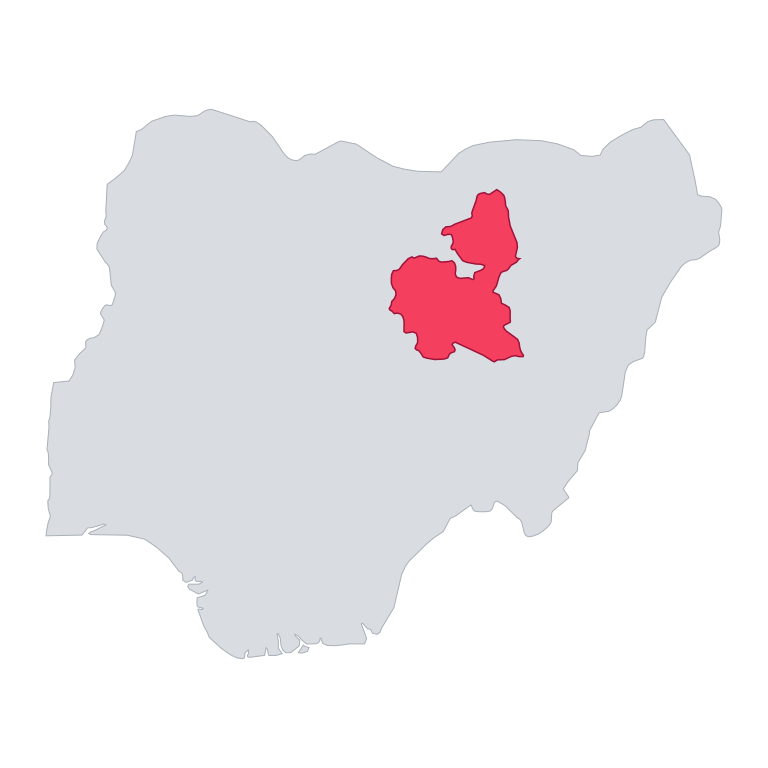 location of Bauchi within Nigeria
{"feature_id": "NGA-2858", "entity_name": "Bauchi", "entity_type": "State", "adm_level": 1, "iso_a3": "NGA", "parent_name": "Nigeria", "parent_adm1": "", "projection": "albers", "projection_center": [9.972, 11.0], "detail": "fine", "context": "in_parent", "style": "filled", "palette": "rose", "viewbox_px": 768, "rotation_deg": 0, "n_neighbors": 0, "source": "natural_earth", "source_scale": "10m", "svg_char_len": 5866}
<svg xmlns="http://www.w3.org/2000/svg" viewBox="0 0 768 768"><path d="M663.6,119.5L689.6,155.0L695.3,181.6L697.6,194.7L701.9,196.2L709.9,196.8L715.7,199.4L719.2,203.7L721.5,207.7L721.9,210.1L720.5,226.1L718.6,232.0L719.8,239.8L719.5,243.2L718.7,245.5L715.1,248.2L710.3,250.9L698.8,258.7L695.5,259.8L690.6,260.1L686.4,262.1L681.5,266.2L670.8,281.7L661.8,297.1L655.3,322.1L647.2,329.9L645.8,336.8L644.7,352.3L643.5,357.0L642.2,358.4L633.4,361.5L628.3,365.1L625.3,372.1L621.7,396.0L620.3,400.0L617.5,404.2L613.0,408.7L609.1,411.2L599.0,412.9L589.5,430.9L589.3,434.1L585.2,450.4L577.9,462.7L577.4,470.6L568.1,481.5L563.3,488.9L568.4,496.5L568.8,497.8L552.8,510.9L551.8,512.8L551.2,521.8L550.0,524.3L547.0,527.6L542.7,531.2L538.3,534.1L533.4,536.0L528.6,536.8L525.9,535.6L524.3,532.9L521.6,521.9L520.2,519.6L517.1,517.5L504.7,505.4L497.2,501.1L495.6,501.4L494.4,502.6L492.3,508.7L490.2,511.0L486.3,511.7L479.4,511.8L474.4,511.0L473.3,509.8L470.9,505.0L455.5,516.0L450.1,518.5L443.3,531.5L433.6,538.0L426.9,543.6L408.9,561.3L405.3,566.5L401.7,574.3L393.9,607.6L381.5,628.3L379.8,632.7L379.1,632.6L377.4,634.4L372.6,633.2L370.5,629.3L367.5,628.7L362.4,623.0L361.3,623.9L366.6,638.3L364.6,643.9L349.4,643.9L336.3,645.7L327.3,645.5L322.8,643.4L320.8,638.0L320.1,638.6L319.6,641.5L316.7,643.7L306.6,644.0L302.2,640.3L298.6,636.2L294.8,634.3L295.4,636.1L299.8,640.1L299.2,645.9L291.0,652.5L285.8,652.8L282.6,649.9L281.0,645.2L280.3,638.2L278.2,633.7L277.0,633.7L278.4,641.2L278.3,648.2L282.2,653.7L276.2,655.4L269.1,655.5L268.2,653.4L267.3,648.9L266.1,647.7L264.6,655.4L249.9,657.3L247.8,657.0L247.4,655.6L248.5,653.5L248.3,650.0L245.0,652.6L244.5,657.9L242.6,658.7L237.0,657.9L231.0,655.1L221.2,648.3L209.2,637.2L207.3,632.3L203.9,626.2L197.9,609.6L199.0,608.9L201.8,609.8L203.2,608.3L198.2,607.0L197.2,605.8L196.9,602.2L197.2,597.7L204.8,595.5L206.7,592.8L207.7,590.1L198.3,594.0L189.6,589.2L187.7,586.4L188.7,584.2L198.9,584.2L202.5,582.1L200.3,581.4L196.4,581.4L195.0,579.9L195.2,576.5L193.9,577.3L192.2,580.3L186.2,582.4L182.8,580.1L182.6,575.2L181.8,572.9L178.9,571.2L168.8,557.9L156.0,546.8L144.6,539.1L127.2,535.2L90.7,534.6L88.7,533.5L90.9,531.8L94.2,530.7L106.0,524.9L104.1,524.0L91.8,527.6L87.6,527.9L82.0,535.1L46.1,535.8L46.3,532.5L48.1,522.9L50.4,516.3L48.2,508.2L47.8,500.9L49.3,498.7L49.9,495.9L50.0,477.2L52.0,474.5L52.1,472.6L48.5,464.5L48.7,458.4L48.2,452.5L47.0,449.8L49.0,427.0L48.7,421.3L49.9,417.3L50.8,407.5L50.9,397.8L53.7,382.6L69.0,381.0L72.8,375.1L75.1,367.6L74.6,360.0L79.7,353.6L85.8,347.9L85.7,341.6L87.4,339.6L90.3,338.2L94.4,337.5L99.0,334.5L101.6,328.9L104.3,320.1L100.5,313.8L100.6,312.4L102.2,309.1L104.6,305.8L106.6,304.8L111.0,305.7L112.4,304.4L115.5,294.7L115.2,292.0L111.3,285.3L109.4,267.5L108.2,265.1L105.1,261.8L96.9,249.1L97.2,243.2L100.9,235.6L103.3,232.0L106.6,230.0L107.3,228.3L106.4,226.1L104.8,224.5L104.5,221.1L106.2,216.3L105.8,211.1L107.2,184.3L114.2,179.2L124.3,170.6L129.6,161.6L132.5,154.7L136.3,131.7L141.6,129.4L151.7,121.2L165.4,116.5L174.2,115.1L189.7,116.4L197.6,115.7L204.3,111.2L207.3,110.0L211.6,109.3L250.0,121.8L253.5,121.3L256.4,122.1L261.2,125.3L272.4,136.6L284.2,154.0L287.9,157.7L291.6,159.8L295.4,160.5L298.2,160.3L301.0,158.7L304.8,155.4L310.5,154.0L315.1,154.3L339.3,141.3L341.6,141.1L356.3,144.1L376.4,157.5L392.8,166.2L404.4,169.2L418.0,171.3L441.2,171.9L458.7,153.3L465.2,149.3L473.0,145.6L489.2,142.2L516.2,139.7L541.4,140.7L557.2,143.8L573.8,149.7L580.9,155.5L592.2,156.4L600.2,155.1L602.8,149.4L610.8,141.7L622.8,134.6L632.6,129.6L640.7,127.3L647.9,121.6L653.6,119.8L663.6,119.5ZM307.5,651.4L301.9,653.1L298.3,652.7L303.3,645.2L305.9,646.8L309.1,647.5L307.5,651.4Z" fill="#d9dde1" stroke="#a8b0b8" stroke-width="1"/><path d="M519.1,356.6L515.2,355.7L511.5,356.3L504.5,359.6L497.4,359.9L494.4,361.8L492.6,361.1L483.2,355.2L455.5,342.3L453.7,342.7L452.9,343.3L452.1,344.6L454.3,347.7L455.1,349.7L454.5,351.6L450.8,353.0L449.4,354.3L447.7,357.8L445.7,358.6L443.5,359.1L434.6,359.5L426.6,358.1L423.1,356.9L421.1,353.5L418.6,350.5L416.6,349.9L415.2,348.5L415.5,346.7L416.2,345.1L417.2,343.5L417.7,341.8L417.5,337.1L416.2,333.2L412.6,331.9L406.1,333.0L404.0,331.6L404.1,322.4L403.8,319.6L402.7,316.5L400.7,314.0L397.4,313.1L394.2,313.6L393.0,312.2L391.7,311.0L390.0,310.1L389.2,308.6L391.1,305.2L391.8,301.4L394.4,298.6L396.0,294.8L395.6,290.9L393.0,287.8L391.4,283.4L391.3,278.6L391.7,274.3L393.4,270.7L396.7,270.5L398.8,269.6L400.3,267.9L402.5,264.6L408.3,258.6L412.0,256.9L412.9,257.5L413.8,258.0L414.9,257.8L419.1,256.0L422.5,256.1L425.9,257.0L429.4,258.5L433.0,258.7L436.5,258.2L438.7,261.1L441.5,262.1L448.8,261.5L452.0,260.7L454.5,263.0L455.7,266.5L455.7,270.2L455.2,273.9L456.5,277.0L459.8,278.4L468.6,277.7L470.6,278.7L472.8,279.5L474.3,278.5L473.7,276.5L474.8,272.6L481.1,270.2L483.0,269.0L484.3,267.4L484.6,265.5L480.5,264.2L475.8,264.0L466.8,262.3L462.7,260.7L457.3,253.4L455.0,249.3L454.0,249.6L452.2,249.6L451.1,248.1L451.3,246.2L453.2,242.7L453.1,240.7L452.3,236.7L451.4,234.7L449.4,234.3L447.4,234.5L444.0,235.5L441.6,233.9L442.8,229.6L445.8,226.9L450.5,226.5L452.4,225.6L454.3,224.4L471.3,217.9L472.3,215.9L471.8,213.6L472.1,211.7L476.2,200.3L476.7,197.8L477.5,195.3L478.8,194.1L480.5,193.4L484.7,192.6L486.4,193.8L489.4,194.5L496.8,189.6L500.6,192.2L503.8,195.3L504.6,197.5L505.4,202.0L505.5,204.3L505.8,206.3L507.0,208.1L508.1,210.3L508.4,212.8L508.5,216.8L510.2,225.9L517.0,242.6L517.4,247.5L515.4,256.3L516.9,258.3L519.7,258.7L518.5,259.5L517.6,260.8L516.3,262.3L511.0,265.4L508.3,269.1L506.5,270.5L502.2,271.8L500.6,273.3L498.8,277.5L496.9,284.3L496.1,286.4L493.2,290.6L493.0,292.2L499.0,294.8L500.8,298.7L501.4,303.2L505.4,305.1L509.1,307.4L510.2,310.8L510.1,318.8L510.4,320.5L510.2,322.2L503.8,325.5L503.5,327.4L505.8,330.7L517.5,339.3L519.2,343.1L519.6,346.8L520.5,350.4L522.2,353.6L523.4,355.2L523.1,356.6L519.1,356.6Z" fill="#f43f5e" stroke="#9f1239" stroke-width="1.5"/></svg>